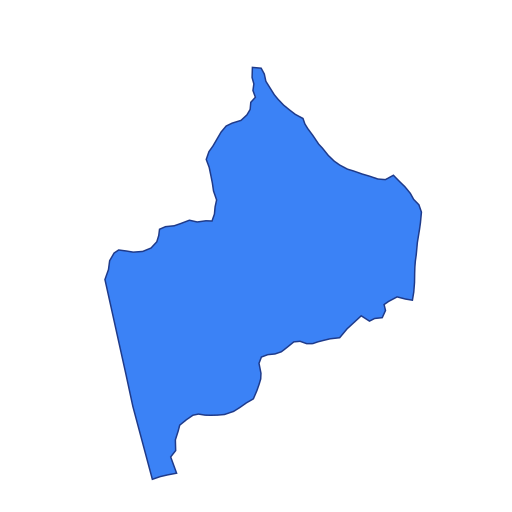 the district of Jijoca de Jericoacoara, Ceará, Brazil, rotated 71°
{"feature_id": "56859067B74295289149447", "entity_name": "Jijoca de Jericoacoara", "entity_type": "district", "adm_level": 2, "iso_a3": "BRA", "parent_name": "Brazil", "parent_adm1": "Ceará", "projection": "mercator", "projection_center": [-40.5, -2.875], "detail": "fine", "context": "isolated", "style": "filled", "palette": "blue", "viewbox_px": 512, "rotation_deg": 71, "n_neighbors": 0, "source": "geoboundaries", "source_scale": "gbopen_adm2", "svg_char_len": 1773}
<svg xmlns="http://www.w3.org/2000/svg" viewBox="0 0 512 512"><g transform="rotate(71 256 256)"><path d="M435.5,401.8L418.2,402.1L413.8,395.3L403.6,392.1L396.2,386.6L391.1,383.2L388.1,375.0L386.0,367.5L386.7,361.9L389.9,355.9L391.8,350.8L393.9,344.2L395.6,337.4L395.6,327.6L393.9,320.4L391.7,312.8L390.2,305.0L383.7,299.1L378.4,294.9L373.8,291.6L368.5,289.5L358.4,288.1L353.3,283.8L353.1,277.0L354.8,269.9L354.8,263.2L352.5,256.4L349.5,248.2L351.0,242.1L355.4,236.6L357.3,230.9L357.3,225.4L357.8,219.3L358.4,213.0L360.5,203.5L354.5,193.6L346.8,176.0L354.5,169.9L353.7,164.2L355.4,156.7L349.7,151.3L343.6,150.7L342.1,145.4L340.6,135.9L345.3,128.8L348.7,122.5L341.5,118.6L332.8,114.8L323.7,111.5L318.2,109.4L312.7,107.0L307.0,104.1L295.7,99.0L284.0,92.7L278.1,89.7L268.4,85.3L260.6,85.3L253.8,88.5L247.0,89.7L238.9,92.7L232.4,96.0L224.4,99.8L225.9,108.8L222.9,115.7L217.4,122.8L213.0,129.0L207.3,136.2L203.7,141.2L197.3,147.2L191.9,151.1L184.5,154.9L175.6,158.1L170.7,160.3L160.6,163.0L152.4,165.6L147.0,166.8L141.3,166.8L134.8,172.8L128.9,176.7L122.3,180.8L115.1,184.1L109.5,186.2L94.0,189.8L86.6,188.9L80.1,190.0L76.5,198.0L86.0,201.6L92.6,202.0L98.5,205.0L105.7,204.9L109.0,210.9L115.5,213.8L119.6,218.6L122.9,226.0L122.6,235.3L123.4,241.9L127.4,248.6L133.6,255.8L138.0,260.9L142.0,266.5L148.5,271.6L157.0,271.4L165.5,272.5L172.8,273.5L180.7,275.0L190.2,275.0L196.1,278.6L202.9,281.7L208.6,286.2L206.4,291.9L204.7,300.5L200.5,307.3L200.8,316.8L200.8,323.5L198.8,332.0L199.3,338.5L205.0,341.3L210.3,345.2L214.3,352.7L214.8,361.6L212.4,370.8L209.2,376.7L205.6,383.9L207.0,389.2L212.8,395.9L220.8,399.9L229.1,406.5L238.0,407.5L299.3,414.5L325.6,417.5L358.1,421.4L433.4,426.7L433.4,418.4L434.2,410.7L435.5,401.8Z" fill="#3b82f6" stroke="#1e3a8a" stroke-width="1.5"/></g></svg>